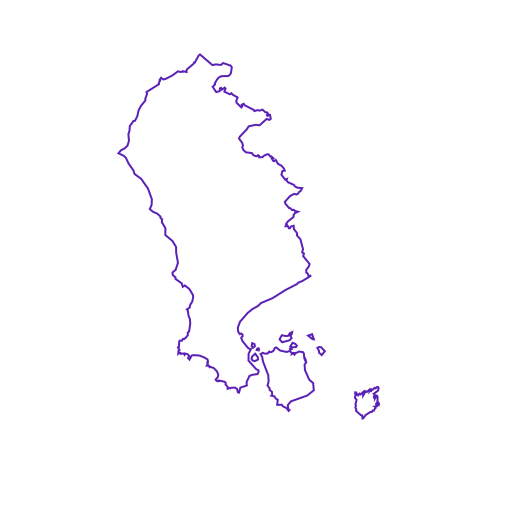 outline of Bangka Selatan, Bangka-Belitung, Indonesia, rotated 42°
{"feature_id": "22746128B19321376976921", "entity_name": "Bangka Selatan", "entity_type": "district", "adm_level": 2, "iso_a3": "IDN", "parent_name": "Indonesia", "parent_adm1": "Bangka-Belitung", "projection": "natural_earth1", "projection_center": [106.566, -2.786], "detail": "fine", "context": "isolated", "style": "outline", "palette": "violet", "viewbox_px": 512, "rotation_deg": 42, "n_neighbors": 0, "source": "geoboundaries", "source_scale": "gbopen_adm2", "svg_char_len": 6134}
<svg xmlns="http://www.w3.org/2000/svg" viewBox="0 0 512 512"><g transform="rotate(42 256 256)"><path d="M310.1,233.7L308.3,235.6L306.0,234.4L304.5,234.7L302.6,232.7L302.3,228.7L301.2,226.1L291.1,224.5L290.0,222.1L287.9,222.4L286.3,219.4L277.9,213.9L272.6,213.3L271.4,211.6L266.1,210.6L263.8,208.3L262.3,210.6L262.6,212.9L261.9,213.4L259.8,212.5L258.1,214.0L257.8,212.1L256.9,212.2L256.6,208.9L257.8,202.0L256.5,200.3L256.2,198.0L257.5,195.1L254.6,196.5L253.3,196.3L252.2,197.7L249.5,197.5L248.5,198.2L243.1,197.5L241.2,196.5L241.2,188.5L242.8,184.3L244.8,183.3L245.6,181.5L245.2,179.7L245.6,177.4L244.9,174.7L241.0,177.6L238.4,178.2L236.5,177.8L230.5,179.8L227.9,179.4L227.4,178.1L226.5,179.7L220.5,178.6L218.8,175.3L220.2,173.3L218.6,172.5L214.8,171.8L210.6,172.8L206.5,171.4L205.9,173.5L205.1,173.8L202.6,173.0L203.5,171.8L200.7,171.7L200.0,172.5L197.5,172.0L196.3,172.8L194.8,176.1L194.7,178.2L192.3,180.5L191.1,179.5L190.1,179.7L189.8,181.4L188.6,182.1L186.7,182.8L184.0,182.3L179.1,185.7L175.5,185.6L173.0,184.4L172.5,182.7L170.0,181.1L164.8,180.1L164.1,178.3L164.4,168.1L163.8,164.5L168.1,158.6L171.2,156.5L172.2,146.9L174.8,146.0L175.2,144.2L171.9,141.7L171.0,142.3L171.0,144.0L170.0,144.1L169.2,142.0L168.2,141.8L167.0,142.9L162.8,142.9L161.5,145.5L159.6,146.5L157.8,149.4L156.8,148.9L146.5,151.6L145.0,151.1L144.2,153.1L145.7,154.0L145.7,155.4L139.1,155.1L137.7,154.1L136.2,150.5L130.8,151.7L128.8,151.5L128.4,153.3L122.5,155.0L121.3,152.0L120.1,151.8L119.3,155.2L117.6,154.4L117.0,155.5L118.7,157.8L116.8,160.8L110.5,159.2L110.8,155.9L109.9,155.3L109.0,151.2L108.9,148.4L109.8,145.7L114.9,140.9L115.3,139.4L115.0,136.9L111.7,131.9L109.7,131.5L102.5,134.6L102.1,137.5L97.9,140.5L95.9,143.3L79.6,143.7L79.2,145.0L81.1,153.3L80.5,153.8L81.0,154.9L79.8,163.3L80.1,164.6L81.3,165.7L78.2,167.5L78.5,167.8L76.4,170.0L74.4,171.0L73.1,177.7L70.4,184.7L68.9,186.9L66.2,187.1L66.6,189.8L67.4,189.9L67.9,192.3L68.9,193.2L64.9,207.5L66.6,208.4L68.6,213.4L69.7,214.3L70.1,221.6L71.2,226.1L74.2,231.4L75.2,234.9L75.5,236.8L74.6,237.6L75.3,243.9L78.2,247.6L79.6,250.8L84.5,255.4L86.7,260.0L86.4,263.8L84.9,267.8L85.1,271.7L90.7,270.0L93.6,270.1L99.4,272.5L107.6,274.4L110.9,276.3L119.2,275.5L130.7,278.2L140.6,283.5L144.2,287.8L145.7,292.2L149.9,292.1L154.2,290.6L158.6,290.6L159.7,291.7L161.7,291.5L163.3,293.8L170.1,296.0L174.6,301.1L183.8,300.7L190.6,302.8L194.5,307.0L202.5,313.2L205.5,320.0L205.0,324.2L207.1,325.9L210.4,325.7L211.5,326.9L219.1,326.0L222.2,327.9L222.8,325.5L228.5,325.1L235.0,327.1L236.8,328.5L239.2,332.7L239.7,336.1L241.2,338.8L240.4,342.0L241.6,342.0L246.0,345.6L249.1,347.1L252.5,350.4L256.2,355.9L256.9,357.8L256.5,358.6L258.2,360.2L258.5,362.9L258.2,365.7L257.2,366.4L257.6,368.6L256.0,369.8L256.1,370.9L259.5,375.0L259.6,375.6L259.2,375.8L259.2,376.2L261.9,376.9L261.6,377.9L263.5,380.5L263.6,378.9L264.8,378.6L265.4,379.2L267.7,376.6L269.0,377.2L268.8,375.8L271.0,374.7L273.1,375.0L273.8,377.3L275.9,377.5L274.8,373.1L275.9,371.5L280.6,367.8L285.8,365.9L289.1,365.3L290.4,366.2L291.3,366.9L291.0,367.7L292.3,368.4L292.8,370.4L294.3,369.0L295.9,369.7L296.2,368.9L299.7,367.5L304.3,367.9L307.5,369.5L308.6,371.5L308.7,374.8L309.2,375.1L310.6,375.0L311.3,373.9L311.6,374.4L313.4,372.3L317.1,370.4L318.4,370.5L319.2,371.8L322.4,372.2L323.8,373.6L324.4,372.0L325.4,371.7L325.7,370.4L328.5,367.9L330.8,367.5L333.8,369.4L334.8,368.9L332.5,364.3L335.8,358.4L333.3,355.9L331.4,349.4L332.9,346.5L336.2,342.7L335.3,340.1L334.1,339.3L332.0,340.0L320.5,338.8L316.0,333.7L314.5,328.6L312.0,329.7L302.9,328.3L299.7,326.7L299.7,324.3L298.2,323.3L296.9,323.5L296.3,324.9L293.4,324.2L290.5,321.5L288.1,315.5L287.9,303.9L288.9,297.6L290.9,292.0L291.2,287.6L296.5,276.3L300.6,261.7L305.3,249.3L305.1,247.9L307.2,243.5L310.1,233.7ZM355.3,296.0L351.9,298.2L350.8,301.0L349.4,302.3L350.3,302.1L350.6,303.5L349.0,303.3L348.2,305.1L347.6,304.0L344.6,304.1L342.9,306.9L337.2,310.1L332.2,310.4L331.5,311.7L332.4,314.6L331.8,316.9L330.7,318.3L329.8,318.2L329.8,320.8L327.6,322.9L325.9,323.3L325.0,325.8L327.9,326.7L331.9,329.8L344.9,336.4L349.3,340.8L351.2,344.5L354.7,345.3L355.8,346.4L358.7,346.3L360.9,348.3L360.9,349.5L363.7,348.0L365.8,348.7L368.4,348.3L371.3,352.4L374.7,349.3L376.6,349.7L380.6,348.6L383.9,349.3L383.9,348.1L382.6,348.2L379.4,345.6L379.2,340.7L387.5,325.3L388.8,317.1L383.5,312.2L378.3,312.3L368.7,308.0L364.7,304.1L364.4,301.2L363.5,301.2L362.8,300.1L362.0,300.5L361.0,299.3L360.5,299.8L356.7,296.4L355.3,296.0ZM435.5,272.1L434.3,271.7L433.6,272.4L433.5,274.3L432.3,274.6L432.3,277.0L431.6,277.9L432.1,280.2L431.3,278.2L431.1,280.3L430.2,278.4L429.7,279.1L429.3,283.0L428.0,283.2L429.0,288.1L428.2,287.3L427.7,284.7L426.8,284.2L426.2,289.1L425.1,289.0L425.2,291.2L424.2,291.1L423.3,293.1L424.2,295.1L427.0,295.6L429.2,299.7L430.3,300.2L431.1,302.0L433.1,302.8L433.8,304.1L440.5,304.1L441.6,303.4L443.9,305.5L444.3,304.8L443.9,300.8L445.3,295.6L446.5,294.2L446.1,292.8L447.1,291.8L446.3,289.6L446.6,288.9L445.9,288.0L445.2,288.2L446.4,286.6L445.5,284.8L444.7,284.8L444.6,285.8L444.1,285.4L444.0,283.4L440.9,279.6L439.5,278.9L439.1,279.8L439.7,282.3L438.6,281.1L438.5,282.2L437.9,282.0L437.5,280.5L438.4,280.4L438.2,279.8L437.3,280.6L436.4,279.2L435.7,279.4L436.8,274.3L435.5,272.1ZM334.8,290.2L333.8,288.4L332.8,290.8L333.4,293.6L332.1,295.3L328.2,297.6L329.3,302.2L333.2,302.6L337.3,296.2L337.4,293.2L334.9,292.3L334.8,290.2ZM370.9,280.7L365.4,280.2L363.9,281.3L363.1,283.2L366.2,284.3L367.5,285.6L371.1,285.7L370.9,280.7ZM324.7,329.9L320.7,329.2L320.4,333.2L321.3,335.2L323.1,336.0L325.3,335.1L326.7,332.0L326.5,331.1L324.7,329.9ZM344.0,295.0L341.3,296.0L342.0,300.1L344.2,299.6L346.7,296.7L346.4,295.3L344.0,295.0ZM354.8,279.2L350.0,276.6L348.0,280.3L353.5,280.0L354.8,279.2ZM313.9,322.5L311.5,323.3L313.1,325.9L315.1,326.3L315.6,323.9L313.9,322.5ZM320.8,323.3L319.6,322.9L318.9,324.2L319.4,325.4L321.2,324.3L320.8,323.3ZM344.3,302.7L344.8,301.4L343.2,301.5L343.3,302.3L344.3,302.7ZM446.2,283.4L445.1,283.1L445.3,284.0L446.3,285.1L447.0,284.7L446.2,283.4ZM421.9,290.4L421.0,290.9L421.8,292.0L422.5,291.6L422.2,292.5L422.9,291.1L422.6,291.5L421.9,290.4Z" fill="none" stroke="#5b21b6" stroke-width="2"/></g></svg>